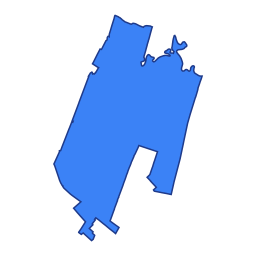 Barcanesti, Ialomita, Romania (Albers equal-area conic projection)
{"feature_id": "2599482B37861842426692", "entity_name": "Barcanesti", "entity_type": "district", "adm_level": 2, "iso_a3": "ROU", "parent_name": "Romania", "parent_adm1": "Ialomita", "projection": "albers", "projection_center": [26.664, 44.608], "detail": "fine", "context": "isolated", "style": "filled", "palette": "blue", "viewbox_px": 256, "rotation_deg": 0, "n_neighbors": 0, "source": "geoboundaries", "source_scale": "gbopen_adm2", "svg_char_len": 5548}
<svg xmlns="http://www.w3.org/2000/svg" viewBox="0 0 256 256"><path d="M171.2,194.5L173.5,184.3L174.0,182.0L180.1,158.8L183.3,143.7L183.9,140.7L187.6,123.3L190.1,114.5L195.4,97.4L195.6,97.2L197.5,90.8L198.0,88.8L198.0,88.5L197.9,88.3L199.3,84.4L200.2,81.6L201.2,79.0L202.1,76.1L201.0,76.1L200.0,76.0L199.4,75.9L198.2,75.3L194.9,73.2L194.5,72.8L193.9,71.4L193.7,70.7L193.8,69.9L193.9,68.7L194.1,67.8L194.4,67.0L194.2,66.4L193.9,66.0L193.4,65.8L192.9,65.8L192.1,66.1L191.8,66.4L191.4,66.9L191.1,67.2L190.7,68.0L190.6,68.9L190.5,69.5L190.4,70.1L190.1,70.6L189.5,71.1L189.0,71.1L188.5,70.9L188.0,70.4L187.1,69.7L186.4,69.5L185.7,69.6L185.1,70.0L184.7,70.4L184.2,70.8L183.8,71.0L183.3,71.0L182.5,71.0L182.2,70.7L181.9,70.4L181.7,70.0L181.5,69.3L181.5,68.4L181.6,67.7L182.2,65.6L182.4,65.0L182.6,64.1L182.6,63.4L182.5,62.8L182.2,61.6L181.2,58.7L180.9,58.1L180.6,57.5L180.2,56.9L179.5,55.7L178.1,54.1L177.2,52.9L176.7,52.2L176.6,51.7L176.6,51.3L176.8,50.8L177.4,50.2L177.9,49.9L178.6,49.7L180.7,49.5L181.8,49.4L182.7,49.1L183.9,48.6L184.4,48.2L184.8,47.6L185.5,47.0L186.2,46.7L186.6,46.4L186.7,46.1L186.8,45.6L186.8,45.3L186.7,44.9L186.4,44.4L185.5,43.1L185.1,42.5L184.7,42.1L184.3,41.8L183.2,42.0L182.9,42.1L182.5,42.4L182.1,43.1L181.8,43.6L181.3,44.2L180.7,44.5L180.2,44.6L179.6,44.4L179.0,44.1L178.1,43.5L177.3,42.2L176.9,41.3L176.6,40.5L176.1,39.1L175.8,37.6L175.5,36.7L174.8,35.5L174.4,35.8L174.2,35.8L173.4,38.5L172.8,41.4L172.9,41.7L172.6,43.0L172.2,46.3L172.0,47.2L171.8,48.0L172.0,48.8L172.3,49.4L172.7,50.2L173.4,51.0L173.8,51.4L174.0,51.5L173.4,53.3L173.0,53.1L171.1,53.0L170.6,52.9L170.1,52.5L170.2,51.9L170.7,51.0L170.8,50.6L170.8,50.2L170.6,49.6L170.4,49.4L169.9,49.2L169.5,49.1L169.1,49.1L168.7,49.1L168.3,49.3L167.9,49.5L167.3,50.0L166.5,50.7L166.3,50.9L165.5,51.0L165.2,51.3L164.9,51.6L164.8,52.1L164.7,52.3L164.7,52.5L164.8,52.7L164.9,52.8L165.1,53.0L165.4,53.1L167.6,53.6L168.6,54.0L169.0,54.3L169.4,54.7L169.8,55.2L170.1,55.5L170.1,55.8L169.9,55.9L169.3,56.1L167.4,55.6L166.2,55.4L165.0,55.4L164.4,55.6L163.3,55.8L160.2,56.9L159.8,57.1L159.5,57.3L158.3,58.0L157.9,58.4L157.4,58.9L156.3,60.0L155.8,60.4L155.5,60.8L154.7,61.5L154.2,61.7L153.7,61.8L153.4,61.7L153.0,61.4L152.8,61.2L152.6,60.9L152.6,60.6L152.7,60.3L152.8,60.0L153.2,59.5L153.9,58.9L154.1,58.5L154.1,58.2L154.0,57.8L153.9,57.5L153.6,57.4L152.3,57.1L151.6,56.9L151.1,56.7L150.5,56.1L149.9,55.4L149.5,55.0L149.3,54.9L148.8,54.7L148.4,54.6L148.2,54.7L147.9,54.9L147.5,55.3L147.0,56.0L146.6,56.8L146.4,57.3L145.9,59.8L145.9,60.5L145.8,60.8L145.7,61.3L145.6,61.6L145.6,61.9L145.4,62.1L145.3,62.5L144.9,63.6L144.8,63.8L144.5,64.4L144.2,64.8L143.7,65.3L143.0,65.8L142.8,66.0L142.4,66.0L142.1,66.0L141.8,65.8L141.6,65.5L141.5,65.2L141.4,64.3L141.1,63.1L141.0,62.5L141.1,62.0L143.4,61.2L143.8,61.0L144.1,60.8L144.2,60.6L144.4,60.3L144.5,59.8L144.5,59.1L144.5,58.6L144.4,58.2L143.8,57.2L144.2,55.8L145.6,50.9L146.2,48.6L147.2,45.0L147.2,44.7L148.3,41.1L148.5,40.1L148.8,39.5L150.6,32.7L151.2,30.6L151.7,28.7L152.3,26.9L151.5,26.6L150.5,26.1L150.0,26.0L148.0,25.8L147.1,25.7L146.2,25.7L145.7,25.8L145.0,26.0L144.3,26.3L143.9,26.6L143.4,27.3L140.6,26.2L140.6,26.3L139.1,25.6L136.4,24.2L135.8,23.9L134.9,23.6L133.4,23.3L132.9,23.3L132.0,23.8L131.3,24.2L131.2,24.2L130.0,23.8L126.8,22.5L125.1,21.9L123.1,20.4L122.2,19.8L121.5,19.0L120.7,18.4L120.2,17.9L119.7,17.6L119.3,17.5L119.0,17.3L118.4,16.8L115.1,15.4L114.9,15.6L114.7,15.9L114.1,18.5L111.8,25.8L110.4,30.6L109.4,33.8L109.3,34.3L109.2,35.1L109.2,35.3L109.3,35.8L109.2,36.7L108.8,36.4L108.5,36.3L108.3,36.3L108.1,36.3L107.9,36.5L107.6,36.9L107.3,37.5L107.2,37.9L107.2,38.6L107.1,39.5L107.0,39.9L106.8,40.1L106.6,40.3L106.0,40.6L101.5,49.4L100.1,49.0L99.9,49.4L97.4,54.2L93.5,62.0L92.5,63.8L97.2,66.9L98.6,67.7L97.9,68.7L97.6,69.3L97.1,70.2L95.6,72.7L95.4,72.6L94.4,74.0L93.7,73.9L93.2,73.6L92.7,74.0L92.5,73.7L92.4,73.1L92.2,72.3L92.1,72.2L91.8,72.1L90.4,73.0L88.4,76.3L88.7,76.5L88.5,77.1L79.2,101.9L78.8,103.1L78.7,103.4L72.2,120.7L73.2,121.1L72.7,122.3L71.8,121.9L69.4,128.1L69.1,128.7L61.9,147.2L60.7,150.5L60.4,150.6L59.8,150.6L59.4,150.7L59.4,151.6L59.5,151.7L53.9,164.0L54.6,165.5L55.1,166.9L58.8,177.9L59.6,180.4L60.9,183.3L61.2,183.7L62.1,185.4L62.9,186.0L62.7,186.3L63.7,187.9L64.4,188.6L70.3,194.0L72.2,195.5L80.9,201.8L77.6,204.7L73.6,208.2L77.5,212.8L85.5,221.8L81.0,228.9L78.7,232.2L78.7,232.5L81.3,234.4L82.2,233.7L83.2,233.0L91.0,240.1L91.6,240.6L93.2,239.3L93.3,239.0L94.7,235.4L94.6,235.2L92.7,233.5L92.5,233.3L92.5,233.0L92.5,232.7L93.1,231.9L89.3,228.5L89.7,228.0L92.9,224.8L92.9,224.7L92.2,224.0L92.2,223.9L95.3,219.9L94.6,219.3L95.8,217.8L99.1,220.2L103.1,223.5L104.9,224.9L110.3,229.4L113.7,232.0L114.5,232.7L115.6,233.6L119.0,227.5L110.7,221.5L110.0,220.9L110.2,220.6L110.5,219.8L112.1,215.4L113.7,210.9L114.4,209.2L114.4,208.7L115.3,206.3L116.3,203.7L117.1,201.5L117.3,201.0L117.5,200.8L117.4,200.4L117.4,200.1L117.7,199.5L118.0,198.5L118.4,197.8L118.7,197.4L118.6,197.0L122.2,187.4L122.9,185.5L123.6,183.3L125.4,178.5L126.4,175.5L126.4,175.3L127.5,172.6L128.0,170.9L128.4,169.9L129.3,167.5L129.4,167.3L130.2,165.5L131.1,163.1L131.4,162.1L132.2,160.4L132.5,159.7L133.9,156.5L134.0,156.1L134.0,155.8L134.0,155.6L134.7,154.7L135.4,153.3L138.1,147.5L138.9,145.5L142.1,146.6L157.5,151.7L155.2,158.7L155.0,159.3L154.8,160.0L153.9,162.5L152.6,166.8L152.2,167.8L151.5,169.8L149.9,174.5L149.3,175.2L147.1,177.3L149.0,179.3L150.8,181.2L150.7,181.3L156.3,187.3L153.5,189.9L153.9,190.7L154.3,191.1L154.5,191.2L161.1,192.5L161.5,192.6L166.4,193.5L171.2,194.5Z" fill="#3b82f6" stroke="#1e3a8a" stroke-width="1.5"/></svg>